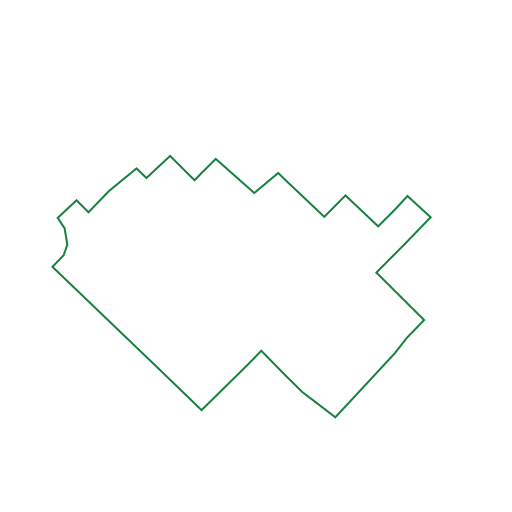 Monte Belo do Sul, Rio Grande do Sul, Brazil, rotated 314°
{"feature_id": "56859067B3607200241980", "entity_name": "Monte Belo do Sul", "entity_type": "district", "adm_level": 2, "iso_a3": "BRA", "parent_name": "Brazil", "parent_adm1": "Rio Grande do Sul", "projection": "natural_earth1", "projection_center": [-51.645, -29.138], "detail": "fine", "context": "isolated", "style": "outline", "palette": "green", "viewbox_px": 512, "rotation_deg": 314, "n_neighbors": 0, "source": "geoboundaries", "source_scale": "gbopen_adm2", "svg_char_len": 642}
<svg xmlns="http://www.w3.org/2000/svg" viewBox="0 0 512 512"><g transform="rotate(314 256 256)"><path d="M145.6,86.9L143.0,99.1L133.0,112.5L122.9,117.1L106.8,117.1L107.3,262.0L107.3,323.9L174.0,325.6L191.5,325.6L190.6,358.4L190.3,383.8L195.1,425.1L247.8,424.1L282.3,423.4L301.8,421.4L326.7,421.4L327.7,354.1L370.0,354.7L385.7,354.7L405.2,354.7L404.4,323.3L385.1,323.7L362.2,323.3L361.7,278.3L331.6,277.9L331.1,226.9L331.1,214.3L300.1,211.0L297.9,159.6L278.7,159.2L267.8,159.2L268.3,124.7L236.0,123.0L236.0,109.2L200.7,105.1L190.3,105.1L181.4,105.1L171.1,105.1L171.4,88.2L145.6,86.9Z" fill="none" stroke="#15803d" stroke-width="2"/></g></svg>